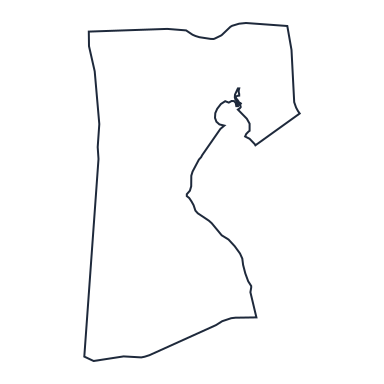 outline of As Suways
{"feature_id": "EGY-1536", "entity_name": "As Suways", "entity_type": "Governorate", "adm_level": 1, "iso_a3": "EGY", "parent_name": "Egypt", "parent_adm1": "", "projection": "robinson", "projection_center": [32.482, 29.608], "detail": "fine", "context": "isolated", "style": "outline", "palette": "slate", "viewbox_px": 384, "rotation_deg": 0, "n_neighbors": 0, "source": "natural_earth", "source_scale": "10m", "svg_char_len": 1489}
<svg xmlns="http://www.w3.org/2000/svg" viewBox="0 0 384 384"><path d="M255.4,145.3L254.7,144.1L249.6,138.8L245.1,136.5L246.2,134.0L248.4,131.7L249.6,130.8L249.6,123.7L246.8,118.7L237.9,109.6L239.8,108.3L240.7,107.1L240.5,105.9L239.2,104.5L240.5,104.0L240.9,103.6L240.5,103.1L239.2,102.6L238.3,101.1L237.3,99.7L236.1,98.4L235.7,97.4L236.0,96.8L236.7,96.2L237.5,95.8L239.2,95.6L239.2,94.0L238.7,92.1L238.7,90.6L239.2,88.4L237.9,88.4L235.0,94.6L234.8,97.4L235.4,99.4L236.6,100.8L237.6,102.7L237.9,106.1L236.3,106.1L235.7,102.9L234.0,101.1L231.6,101.0L228.8,102.6L225.2,101.2L220.9,104.0L217.2,108.8L215.3,113.1L215.0,117.9L216.4,121.7L219.4,124.4L224.3,125.6L220.4,128.9L202.2,155.1L201.1,157.2L198.9,159.6L192.6,171.5L191.3,175.7L191.2,186.3L189.9,190.7L186.8,194.2L186.8,196.1L189.2,198.0L191.6,201.6L193.6,205.2L195.4,210.6L197.8,213.3L208.9,220.7L211.7,223.2L221.7,235.3L228.5,239.5L234.7,246.2L240.0,253.5L242.3,258.6L243.1,264.9L245.3,273.4L248.2,281.3L251.2,286.0L251.2,287.6L250.4,292.2L256.4,317.4L235.4,317.7L231.2,318.2L222.2,321.2L216.0,325.1L149.4,355.2L144.7,356.7L141.3,357.4L123.6,356.4L93.6,361.0L84.3,356.6L98.5,159.0L97.7,147.1L99.3,124.1L94.7,71.3L89.0,46.2L88.8,31.6L167.3,28.9L186.1,30.4L192.5,34.7L195.5,36.0L199.4,37.2L210.6,38.9L213.4,39.0L214.5,38.7L220.9,35.6L221.8,35.0L230.4,26.8L232.1,25.8L239.1,23.7L246.0,23.0L287.3,26.0L291.5,49.9L294.2,102.2L296.1,107.6L298.0,111.1L299.7,113.5L255.4,145.3L255.4,145.3Z" fill="none" stroke="#1e293b" stroke-width="2"/></svg>